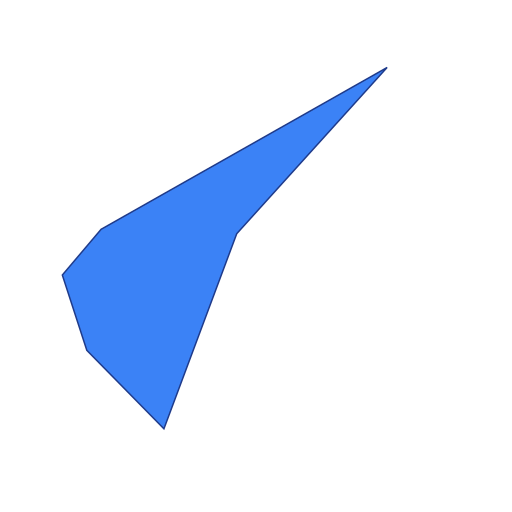 the District of Sandy Ground, rotated 158°
{"feature_id": "AIA-5120", "entity_name": "Sandy Ground", "entity_type": "District", "adm_level": 1, "iso_a3": "AIA", "parent_name": "Anguilla", "parent_adm1": "", "projection": "mercator", "projection_center": [-63.084, 18.219], "detail": "fine", "context": "isolated", "style": "filled", "palette": "blue", "viewbox_px": 512, "rotation_deg": 158, "n_neighbors": 0, "source": "natural_earth", "source_scale": "10m", "svg_char_len": 253}
<svg xmlns="http://www.w3.org/2000/svg" viewBox="0 0 512 512"><g transform="rotate(158 256 256)"><path d="M63.8,381.7L265.5,283.9L406.1,130.3L448.2,231.9L442.7,310.9L389.6,338.8L63.8,381.7Z" fill="#3b82f6" stroke="#1e3a8a" stroke-width="1.5"/></g></svg>